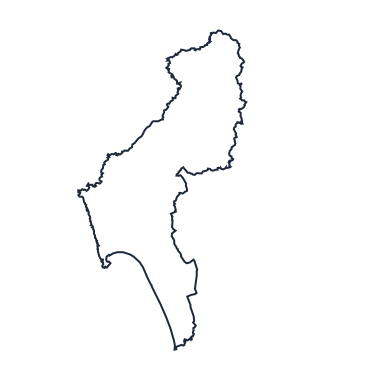 Cilacap, Jawa Tengah, Indonesia, rotated 60°
{"feature_id": "22746128B37209370352000", "entity_name": "Cilacap", "entity_type": "district", "adm_level": 2, "iso_a3": "IDN", "parent_name": "Indonesia", "parent_adm1": "Jawa Tengah", "projection": "natural_earth1", "projection_center": [108.91, -7.462], "detail": "fine", "context": "isolated", "style": "outline", "palette": "slate", "viewbox_px": 384, "rotation_deg": 60, "n_neighbors": 0, "source": "geoboundaries", "source_scale": "gbopen_adm2", "svg_char_len": 6014}
<svg xmlns="http://www.w3.org/2000/svg" viewBox="0 0 384 384"><g transform="rotate(60 192 192)"><path d="M189.4,145.9L187.9,146.6L186.4,145.4L184.6,145.5L184.2,144.9L184.9,144.7L184.9,143.7L184.7,143.2L183.9,143.1L184.7,141.0L184.2,139.9L182.2,140.7L180.8,140.0L179.2,141.2L177.6,140.8L175.4,138.8L174.5,136.1L173.1,135.4L172.7,131.2L171.7,130.2L167.0,128.8L166.4,128.1L166.8,125.8L164.1,125.6L163.5,124.6L158.4,124.4L157.3,123.2L157.2,121.5L155.4,120.5L154.8,118.2L154.3,118.0L154.4,117.4L155.7,116.7L155.7,115.6L157.5,115.3L158.0,114.2L157.4,114.3L155.7,113.2L155.0,113.5L153.7,112.4L150.3,111.9L147.8,110.2L145.8,111.3L145.3,110.3L143.9,110.1L143.9,109.1L144.6,108.2L144.7,106.1L144.2,104.2L143.3,102.8L142.5,102.9L141.4,100.2L140.8,100.8L139.0,100.9L137.9,102.6L135.2,103.6L134.9,102.4L132.8,101.8L130.9,100.0L130.2,98.2L126.9,98.6L124.5,97.0L123.7,97.2L122.8,94.3L122.5,96.7L120.8,98.0L118.2,96.9L114.8,96.6L114.0,95.3L114.3,92.6L113.2,91.2L112.3,89.0L110.7,88.0L109.3,85.9L108.2,86.9L106.9,86.9L105.7,84.6L105.8,83.2L105.3,81.7L101.7,81.9L99.8,83.4L99.0,83.1L97.4,83.4L96.0,82.7L94.8,83.0L92.5,80.9L90.8,78.3L88.8,78.3L87.5,77.0L85.5,78.1L84.5,77.4L82.6,77.9L81.3,80.0L79.8,80.9L77.9,81.4L77.0,81.0L74.3,81.2L73.4,82.8L71.7,83.6L70.9,86.0L67.2,86.3L65.2,88.6L66.3,91.8L64.6,93.8L64.8,95.7L63.8,95.9L63.8,96.3L65.5,96.9L66.4,99.1L68.5,101.0L68.9,101.0L68.6,99.9L69.9,100.7L70.3,101.8L71.0,101.1L71.3,102.7L70.8,103.8L71.2,104.9L72.3,105.4L71.4,107.3L71.9,107.9L72.0,109.8L70.7,112.4L72.2,113.3L72.4,114.0L71.8,114.2L70.7,116.9L71.1,118.1L70.2,118.7L69.6,117.8L68.9,117.9L67.2,120.8L67.9,122.5L67.4,122.9L67.6,124.2L66.7,126.8L65.4,127.7L63.3,130.2L64.6,131.8L64.7,134.6L65.9,135.9L65.5,136.9L64.3,137.0L65.4,139.5L65.3,140.9L65.6,141.6L64.5,142.9L64.1,146.9L65.4,146.3L65.9,147.5L66.5,146.1L67.0,145.9L69.3,146.6L69.3,148.4L70.7,148.7L71.7,152.1L74.0,150.3L74.4,150.6L74.4,151.5L75.0,151.2L76.6,152.4L80.6,150.1L81.6,150.7L81.3,152.0L82.2,152.3L82.7,152.1L82.2,151.2L82.5,150.3L85.0,150.7L88.1,149.4L90.8,150.7L91.4,147.6L92.5,149.2L94.0,148.3L95.4,149.1L96.7,151.3L95.3,151.7L95.2,152.6L97.4,153.4L98.5,154.8L100.1,154.8L100.4,157.9L101.0,158.6L102.3,159.1L102.3,160.0L100.7,161.7L103.0,162.8L102.7,165.2L104.2,167.5L103.4,168.3L103.5,169.8L104.3,170.2L106.5,169.9L107.8,173.5L107.4,175.3L109.3,176.5L111.2,179.4L112.9,179.4L113.4,180.7L114.6,181.0L114.0,182.5L113.9,185.8L111.5,189.9L111.3,191.1L113.7,195.6L113.6,198.6L114.7,201.8L118.4,207.4L118.9,211.8L121.0,217.4L121.0,219.8L123.2,221.6L123.3,224.6L124.3,226.9L122.4,229.6L122.7,231.2L122.1,232.3L123.2,232.9L123.5,235.7L122.4,236.3L123.0,238.3L122.1,239.1L121.1,238.1L120.1,238.5L120.2,241.1L119.0,242.3L118.9,244.9L117.3,245.7L118.0,246.9L120.3,246.1L120.0,248.0L121.5,248.0L122.0,248.6L122.2,252.0L122.8,253.5L124.5,253.7L124.3,255.3L127.1,257.5L127.4,259.0L128.3,260.0L129.8,260.9L131.3,259.8L131.8,261.9L133.7,262.2L133.5,264.4L134.0,265.4L135.5,266.2L136.9,265.8L137.5,265.0L138.0,265.3L138.6,267.7L136.5,269.7L136.4,271.0L137.2,272.4L138.8,272.1L138.9,273.4L138.6,273.9L137.9,273.9L137.8,274.4L137.4,274.2L137.0,275.0L135.8,274.8L134.4,277.6L132.9,277.6L134.1,279.9L135.5,278.6L136.8,278.8L138.1,280.7L138.3,282.7L136.3,283.6L136.0,284.8L134.7,285.8L135.2,287.4L134.6,288.3L134.8,288.7L133.7,289.6L135.1,290.5L136.2,289.3L136.9,289.2L137.7,290.6L137.5,291.6L138.0,292.0L139.8,291.7L141.1,289.6L142.5,289.1L147.3,290.6L148.2,290.2L149.3,290.7L150.1,290.0L152.1,291.3L152.8,290.9L155.2,292.4L156.1,292.1L155.5,291.2L158.1,291.6L159.4,292.7L162.2,292.6L163.5,293.0L164.1,294.0L166.3,294.3L166.7,294.9L167.4,294.6L170.0,295.3L170.3,296.2L172.0,295.1L173.1,295.5L173.1,296.0L173.7,295.6L175.1,296.3L175.4,296.0L176.7,296.3L179.1,297.8L181.0,297.7L183.2,298.9L184.0,298.4L186.1,299.2L186.7,298.6L187.7,299.7L188.7,299.8L188.8,299.3L189.4,299.3L190.9,300.5L191.2,299.7L191.9,299.5L192.1,301.0L194.2,302.4L194.6,302.0L196.0,303.0L201.6,304.5L205.7,304.6L205.5,303.7L206.0,302.9L206.7,303.4L207.0,304.8L207.4,304.3L207.8,304.8L208.6,304.4L208.8,304.8L210.1,304.9L211.2,306.8L212.6,307.0L213.9,305.8L213.2,305.0L213.3,304.4L214.2,304.3L214.9,303.5L212.9,298.2L210.8,298.7L210.2,300.1L209.1,300.4L207.3,299.9L205.4,298.4L204.9,295.4L205.8,295.3L205.7,291.2L206.8,286.7L209.7,281.8L215.1,276.9L218.7,274.9L226.6,272.4L232.8,272.1L244.6,273.5L252.0,273.9L252.8,273.6L253.6,274.1L274.0,275.4L288.4,277.1L299.5,278.9L312.3,282.1L316.9,283.8L319.7,285.9L320.3,284.2L318.6,283.9L318.3,282.2L319.2,277.5L320.7,276.3L320.7,275.3L318.3,272.4L317.9,272.3L317.4,273.5L315.9,272.0L318.3,269.9L318.0,267.2L319.6,266.9L319.5,265.8L318.6,265.6L317.8,266.4L317.5,266.0L317.0,264.4L317.9,262.8L317.1,263.9L316.9,262.6L315.8,261.4L315.4,261.8L313.7,261.3L312.8,259.9L310.5,258.9L310.5,257.2L309.5,255.5L305.5,256.3L304.9,254.7L300.4,252.7L291.1,250.9L289.0,249.8L280.2,248.4L280.7,244.1L281.9,240.6L281.7,238.5L277.4,237.9L266.6,229.6L262.6,227.3L261.7,226.3L252.5,224.3L251.3,224.6L251.9,229.0L251.4,231.2L250.8,232.4L248.5,233.3L242.1,233.7L241.6,233.1L239.5,232.7L235.9,233.4L234.4,232.9L233.4,233.5L232.3,233.1L228.2,233.3L224.9,231.6L220.1,231.7L217.9,230.0L217.3,225.6L214.9,226.8L212.4,226.8L207.3,223.3L206.5,223.4L205.6,222.5L203.7,221.9L203.4,221.2L200.3,221.2L200.9,215.9L199.8,216.0L199.5,215.1L196.2,214.1L194.4,214.3L193.7,212.6L192.6,213.0L191.2,212.2L191.3,210.4L188.6,207.3L187.6,203.9L186.5,203.4L186.9,202.4L188.5,201.2L188.7,200.3L188.3,197.8L188.6,195.9L187.2,194.9L183.6,194.2L181.7,192.9L175.2,192.9L171.8,193.5L171.1,195.9L170.4,196.2L170.0,197.2L169.2,196.6L168.8,194.3L168.1,193.8L168.2,192.8L167.4,192.1L167.3,190.5L166.5,189.9L166.2,187.3L173.3,186.0L174.1,184.5L175.5,183.9L176.1,182.9L177.2,182.6L178.5,181.2L178.1,178.3L180.8,174.4L179.7,172.1L180.6,169.4L180.7,167.4L179.7,166.5L181.0,164.9L182.6,164.5L184.0,163.2L184.7,159.9L185.5,158.8L184.0,157.7L184.2,157.0L185.6,155.5L185.4,155.2L186.1,155.3L188.0,153.8L188.1,151.1L187.7,150.4L188.1,150.6L188.7,149.5L189.5,147.2L189.4,145.9Z" fill="none" stroke="#1e293b" stroke-width="2"/></g></svg>